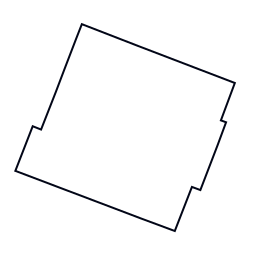 Henry, Indiana, United States of America, rotated 21°
{"feature_id": "52423323B38400946045463", "entity_name": "Henry", "entity_type": "district", "adm_level": 2, "iso_a3": "USA", "parent_name": "United States of America", "parent_adm1": "Indiana", "projection": "robinson", "projection_center": [-85.404, 39.932], "detail": "fine", "context": "isolated", "style": "outline", "palette": "ink", "viewbox_px": 256, "rotation_deg": 21, "n_neighbors": 0, "source": "geoboundaries", "source_scale": "gbopen_adm2", "svg_char_len": 365}
<svg xmlns="http://www.w3.org/2000/svg" viewBox="0 0 256 256"><g transform="rotate(21 128 128)"><path d="M47.7,47.6L47.6,63.7L47.6,95.5L47.7,120.1L47.4,160.6L38.4,160.5L38.2,208.4L123.3,208.0L172.1,207.8L208.6,207.4L208.8,160.1L217.8,160.0L217.8,111.8L217.5,87.5L212.0,87.6L211.6,47.7L108.2,47.8L47.7,47.6Z" fill="none" stroke="#020617" stroke-width="2"/></g></svg>